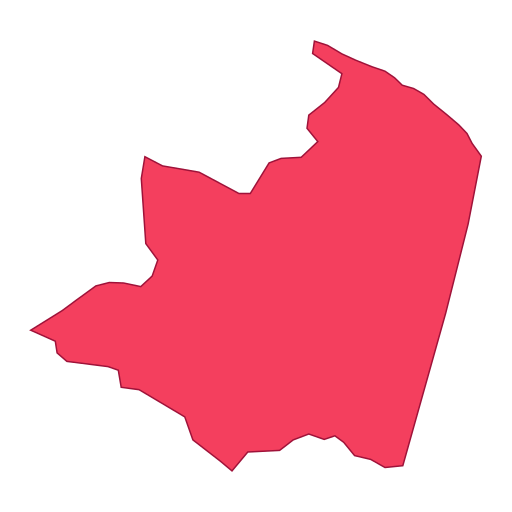 the district of Brejo dos Santos, Paraíba, Brazil
{"feature_id": "56859067B29664583774319", "entity_name": "Brejo dos Santos", "entity_type": "district", "adm_level": 2, "iso_a3": "BRA", "parent_name": "Brazil", "parent_adm1": "Paraíba", "projection": "albers", "projection_center": [-37.855, -6.391], "detail": "fine", "context": "isolated", "style": "filled", "palette": "rose", "viewbox_px": 512, "rotation_deg": 0, "n_neighbors": 0, "source": "geoboundaries", "source_scale": "gbopen_adm2", "svg_char_len": 927}
<svg xmlns="http://www.w3.org/2000/svg" viewBox="0 0 512 512"><path d="M30.7,330.2L55.3,341.2L57.1,352.9L66.9,361.4L108.0,366.6L118.3,370.2L121.2,387.3L139.1,389.7L160.3,402.3L184.8,416.9L192.9,439.9L219.9,460.8L232.0,470.9L247.8,452.0L279.6,450.4L293.2,439.9L308.8,434.0L324.2,439.4L334.9,435.8L343.7,442.3L354.6,455.6L370.7,459.4L385.0,467.5L402.8,465.7L445.7,313.1L468.1,224.1L481.3,156.2L472.1,143.4L467.0,133.5L458.9,125.0L447.3,115.1L433.7,104.1L423.9,94.4L413.6,88.5L402.2,85.2L394.6,77.8L385.0,71.2L371.8,66.7L355.7,60.2L341.9,53.9L327.6,45.4L314.4,41.1L312.6,53.5L341.9,73.7L338.5,87.4L324.7,102.5L308.8,115.1L307.0,128.3L317.8,141.6L301.2,157.3L281.1,158.4L269.1,162.9L250.3,193.5L238.9,193.5L199.1,172.2L162.5,165.9L144.9,156.7L141.3,178.5L145.8,243.6L157.8,260.0L152.2,276.0L140.8,286.6L123.6,283.0L109.3,282.5L95.9,285.9L76.1,300.3L62.2,310.6L30.7,330.2Z" fill="#f43f5e" stroke="#9f1239" stroke-width="1.5"/></svg>